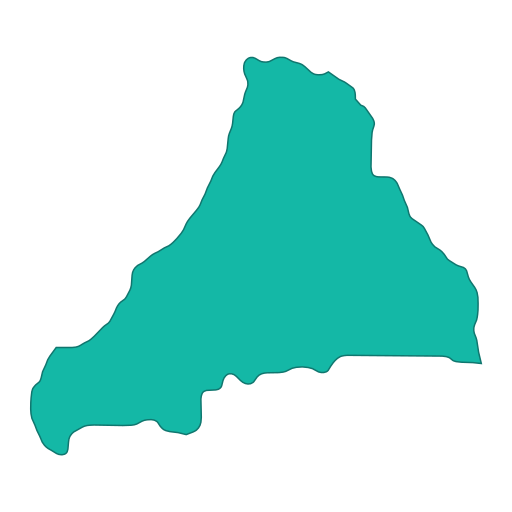 outline of Guaymate, La Romana, Dominican Republic
{"feature_id": "3306468B11940370524112", "entity_name": "Guaymate", "entity_type": "district", "adm_level": 2, "iso_a3": "DOM", "parent_name": "Dominican Republic", "parent_adm1": "La Romana", "projection": "natural_earth1", "projection_center": [-68.971, 18.577], "detail": "fine", "context": "isolated", "style": "filled", "palette": "teal", "viewbox_px": 512, "rotation_deg": 0, "n_neighbors": 0, "source": "geoboundaries", "source_scale": "gbopen_adm2", "svg_char_len": 4113}
<svg xmlns="http://www.w3.org/2000/svg" viewBox="0 0 512 512"><path d="M56.2,347.5L49.9,356.1L47.7,359.8L45.8,364.8L42.6,371.7L41.1,378.1L40.3,380.4L39.7,381.4L39.0,382.2L35.7,384.9L34.2,386.6L32.9,388.4L32.5,389.4L31.8,391.8L31.1,397.9L30.8,402.6L30.7,409.1L31.0,413.8L31.9,418.3L35.0,425.3L36.9,430.4L39.7,436.1L42.3,442.2L44.5,445.3L46.3,447.1L48.3,448.6L51.5,450.4L56.5,453.5L58.8,454.4L61.1,454.7L62.3,454.7L64.5,454.2L65.6,453.6L66.5,452.8L67.2,451.7L67.9,449.1L68.5,442.1L68.9,439.2L69.8,436.6L70.5,435.5L72.0,433.5L73.8,431.9L74.9,431.3L82.2,427.2L84.4,426.2L87.1,425.5L89.8,425.2L94.1,425.0L122.9,425.5L131.4,425.2L134.2,424.8L136.8,424.0L142.0,421.2L144.4,420.3L147.1,419.8L151.1,419.6L153.7,420.0L154.9,420.4L157.0,421.6L157.8,422.5L160.2,426.2L161.7,427.9L163.5,429.5L165.8,430.6L169.8,431.6L178.1,432.6L186.2,434.6L193.0,432.0L195.2,430.9L196.4,430.1L198.5,427.9L200.0,425.3L200.9,422.2L201.3,417.3L200.9,399.0L201.3,396.0L202.2,393.3L203.0,392.2L204.1,391.3L206.5,390.4L215.8,389.9L218.3,389.3L219.4,388.7L220.4,387.9L221.2,386.9L221.7,385.7L223.0,380.5L224.1,377.9L225.8,375.7L226.9,374.8L228.1,374.1L229.3,373.8L231.7,373.8L234.2,374.7L236.4,376.4L240.5,380.5L242.8,382.3L245.3,383.5L248.0,384.0L250.6,383.7L252.9,382.5L253.7,381.8L257.1,377.0L259.1,375.1L261.6,373.8L264.3,373.1L267.1,372.8L278.8,372.6L283.0,372.1L285.7,371.4L292.1,368.3L296.3,367.3L302.3,366.9L308.2,367.5L312.4,368.6L318.5,371.9L321.2,372.5L323.8,372.5L326.3,371.8L327.4,371.1L328.2,370.3L330.7,366.2L333.2,362.7L335.2,360.4L337.4,358.4L339.9,356.8L341.3,356.2L344.1,355.6L347.1,355.3L442.1,356.1L446.2,356.6L448.7,357.4L449.7,357.9L452.8,360.4L453.8,360.9L456.1,361.6L461.4,362.2L472.9,362.6L481.3,363.5L478.6,352.2L476.8,340.4L476.1,337.9L474.3,333.3L473.8,330.8L473.8,328.2L474.0,326.9L474.7,324.5L476.6,320.0L477.2,317.3L477.6,314.5L478.0,310.1L478.1,303.6L477.9,297.3L477.1,292.7L476.1,289.9L474.7,287.4L470.7,281.7L469.3,279.3L468.3,276.8L466.6,270.8L465.4,268.9L463.5,267.5L458.2,265.8L456.0,264.8L449.2,260.5L447.4,259.1L444.2,254.3L441.8,251.6L440.0,250.1L434.9,246.9L432.4,244.2L431.0,242.1L427.9,234.9L424.4,228.4L423.1,226.5L421.3,225.0L412.0,218.6L410.4,217.0L409.8,216.0L408.9,213.7L407.4,207.4L404.3,200.4L402.5,195.2L399.8,189.4L397.2,183.4L396.5,182.3L395.0,180.4L393.1,178.8L392.0,178.2L389.4,177.3L386.8,177.0L378.8,176.9L376.4,176.6L374.1,175.7L373.1,174.8L372.4,173.8L371.5,171.2L371.0,167.0L371.5,140.1L372.1,132.5L372.7,129.7L373.8,126.4L374.3,124.3L374.3,123.1L374.1,121.9L373.7,120.6L372.6,118.3L365.3,107.9L363.7,106.4L360.7,105.1L355.4,99.1L355.3,95.0L355.0,92.4L354.3,90.0L353.7,88.9L353.0,88.0L346.5,83.3L344.5,82.0L338.9,79.3L328.4,71.9L324.6,73.9L322.1,74.6L318.3,74.8L315.7,74.5L314.5,74.2L313.3,73.7L311.0,72.3L304.9,66.7L302.8,65.1L301.7,64.4L299.3,63.4L293.3,61.8L291.1,60.8L287.0,58.5L284.7,57.6L283.4,57.4L279.7,57.3L277.2,57.7L275.0,58.6L269.8,61.3L268.7,61.7L266.2,62.1L263.7,62.0L261.3,61.6L259.1,60.6L255.2,58.3L253.0,57.5L250.6,57.5L249.4,57.8L248.3,58.3L246.4,59.8L245.0,61.8L244.4,63.0L243.8,65.8L243.7,68.6L244.0,71.3L244.7,74.0L246.7,78.5L247.6,80.8L247.8,82.1L247.9,84.8L247.4,87.3L245.5,91.9L244.7,94.3L243.0,102.3L241.9,104.7L240.5,106.7L238.9,108.4L235.6,111.1L234.8,111.9L233.8,114.0L233.3,116.5L232.6,123.3L232.1,126.1L231.3,128.6L229.4,133.3L228.6,135.9L228.2,138.6L227.2,148.6L226.6,151.3L226.2,152.6L223.5,158.3L222.0,162.1L220.8,164.5L219.2,166.9L215.0,172.5L212.8,176.1L210.8,181.1L207.4,187.9L205.0,194.2L202.1,199.8L200.1,204.8L198.8,207.2L196.3,210.5L190.0,218.0L187.6,221.3L186.3,223.6L183.5,229.8L181.3,233.2L176.8,238.6L173.0,242.5L170.9,244.3L168.8,245.8L164.3,247.9L158.2,251.7L154.8,253.3L152.5,254.6L150.4,256.2L144.2,261.6L142.0,263.1L137.7,265.4L136.8,266.2L135.0,267.9L133.6,270.0L132.6,272.4L132.1,275.2L131.4,285.1L130.8,287.8L129.9,290.2L126.5,296.7L125.2,298.6L124.4,299.4L120.8,302.0L119.1,303.7L117.7,305.7L116.5,307.9L115.0,311.6L113.9,313.9L109.9,321.3L108.4,323.1L104.6,325.8L102.7,327.5L94.1,336.4L91.1,339.1L89.0,340.7L84.5,342.9L79.4,345.9L78.3,346.4L75.9,347.1L72.0,347.5L56.2,347.5Z" fill="#14b8a6" stroke="#0f766e" stroke-width="1.5"/></svg>